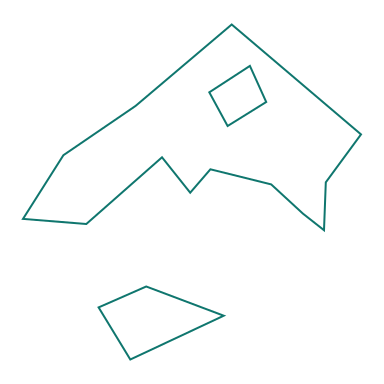 map outline of Saint George's (orthographic projection)
{"feature_id": "BMU-5140", "entity_name": "Saint George's", "entity_type": "state/province", "adm_level": 1, "iso_a3": "BMU", "parent_name": "Bermuda", "parent_adm1": "", "projection": "orthographic", "projection_center": [-64.685, 32.358], "detail": "fine", "context": "isolated", "style": "outline", "palette": "teal", "viewbox_px": 384, "rotation_deg": 0, "n_neighbors": 0, "source": "natural_earth", "source_scale": "10m", "svg_char_len": 409}
<svg xmlns="http://www.w3.org/2000/svg" viewBox="0 0 384 384"><path d="M23.0,218.9L63.4,155.2L135.6,105.9L231.7,24.5L361.0,134.4L325.8,182.3L324.0,230.2L302.9,213.6L271.2,184.4L210.4,169.3L190.2,192.7L162.0,157.3L86.3,224.0L23.0,218.9ZM227.6,126.0L266.2,102.0L249.9,65.9L209.3,92.3L227.6,126.0ZM146.2,286.5L223.7,315.7L130.3,359.5L98.6,307.4L146.2,286.5Z" fill="none" stroke="#0f766e" stroke-width="2"/></svg>